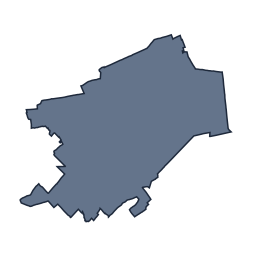 Nicseni, Botosani, Romania (Natural Earth projection), rotated 96°
{"feature_id": "2599482B7435207747893", "entity_name": "Nicseni", "entity_type": "district", "adm_level": 2, "iso_a3": "ROU", "parent_name": "Romania", "parent_adm1": "Botosani", "projection": "natural_earth1", "projection_center": [26.665, 47.868], "detail": "fine", "context": "isolated", "style": "filled", "palette": "slate", "viewbox_px": 256, "rotation_deg": 96, "n_neighbors": 0, "source": "geoboundaries", "source_scale": "gbopen_adm2", "svg_char_len": 5899}
<svg xmlns="http://www.w3.org/2000/svg" viewBox="0 0 256 256"><g transform="rotate(96 128 128)"><path d="M225.5,159.8L225.1,159.1L225.1,158.3L225.2,157.8L225.0,157.4L224.7,157.3L224.6,157.0L224.2,156.5L221.6,154.8L221.9,154.4L222.6,153.6L223.6,152.5L221.9,151.4L221.1,151.0L219.6,149.9L217.2,148.4L216.0,149.7L214.0,148.5L212.3,147.7L211.1,147.3L210.9,147.3L211.2,146.9L211.4,146.6L212.3,145.5L213.3,144.5L213.6,144.3L214.5,143.2L215.0,142.8L215.5,142.1L215.2,141.8L215.6,141.4L215.7,141.1L216.0,140.9L216.8,139.0L217.0,138.7L217.7,138.3L218.6,138.1L218.0,137.6L216.7,136.9L216.0,136.0L214.8,134.7L212.5,133.2L210.9,132.0L210.3,131.5L208.9,130.5L207.4,129.1L207.0,128.5L205.2,126.5L204.7,126.2L203.7,125.9L203.2,125.4L202.7,124.7L202.1,123.6L201.7,123.0L201.2,122.5L200.1,121.7L199.9,121.4L199.4,120.5L199.0,119.0L198.6,118.3L198.3,117.4L197.7,116.0L197.3,115.3L197.0,114.7L196.5,114.1L195.9,112.7L195.5,112.2L197.6,109.8L197.8,109.8L198.1,110.0L199.0,110.0L199.4,110.2L199.6,110.3L199.7,110.5L200.2,110.5L200.5,110.6L202.2,111.7L203.4,112.3L204.0,112.9L205.0,113.9L205.5,114.7L206.6,115.8L207.0,116.4L207.8,117.1L209.1,118.0L211.4,116.4L211.7,116.0L212.5,115.4L215.6,112.1L215.4,111.9L215.1,111.6L213.9,110.1L212.9,108.9L212.4,108.1L211.9,107.7L211.4,106.9L210.7,106.2L209.9,104.9L209.3,104.4L208.9,103.9L208.5,103.3L208.1,103.0L207.0,101.7L205.9,101.9L204.7,101.8L203.2,100.8L201.9,99.6L200.4,101.1L196.6,97.8L195.7,98.5L195.4,98.7L195.1,99.0L190.0,103.3L185.9,107.4L185.4,107.1L185.1,105.8L184.7,104.6L184.4,103.4L184.3,102.0L185.0,101.1L185.3,100.5L178.6,99.2L176.4,96.1L176.2,95.6L175.9,95.3L175.6,95.3L174.3,93.7L174.0,93.2L172.0,93.4L170.5,93.9L170.1,93.5L168.3,92.2L167.3,91.3L165.4,89.8L164.7,89.4L163.2,88.1L162.3,87.7L159.3,85.2L129.0,61.7L126.5,54.5L125.7,52.4L123.9,46.0L127.8,45.9L127.9,45.7L126.1,39.8L121.1,25.0L119.4,27.2L118.6,28.0L118.2,28.2L117.9,28.4L105.8,31.0L99.1,32.3L98.0,32.6L95.9,33.0L88.0,34.8L84.9,35.2L83.1,35.7L81.4,36.0L75.1,37.4L69.7,38.4L62.5,40.2L62.7,41.2L62.6,46.4L62.4,48.9L62.6,50.4L62.6,51.2L62.5,52.0L62.6,53.5L62.4,55.6L62.5,56.6L62.1,60.0L62.3,62.1L62.3,63.0L62.2,63.6L62.2,64.1L62.2,66.0L62.2,67.2L61.8,67.3L58.4,70.1L55.0,72.6L53.3,73.7L50.9,75.6L46.2,77.3L46.3,78.3L46.3,79.2L46.4,79.7L46.6,80.2L46.9,80.6L47.6,81.3L45.7,82.0L45.2,80.6L42.4,81.6L41.7,79.7L34.4,83.4L34.8,84.0L30.5,85.8L32.1,88.6L34.0,91.6L34.9,92.6L30.8,94.7L32.9,99.3L34.4,103.4L35.4,105.4L35.9,107.6L36.5,108.9L37.2,110.7L37.6,111.3L40.1,112.9L41.4,113.9L44.4,115.7L45.2,116.3L45.8,116.8L47.0,117.6L47.0,117.9L48.0,119.5L52.1,126.5L54.8,131.3L55.1,131.5L55.5,131.9L56.7,134.6L57.8,136.3L59.3,139.0L60.7,141.2L61.5,142.9L62.7,144.9L67.0,152.1L69.0,155.7L69.5,156.6L69.9,157.2L70.4,157.8L70.3,158.1L69.8,158.3L70.1,158.6L70.3,159.0L70.3,159.4L70.3,159.7L70.4,160.0L70.7,160.4L71.9,161.7L72.7,162.5L73.2,162.8L73.9,162.6L74.3,162.4L74.8,161.9L75.1,161.4L75.8,160.9L81.8,160.7L82.0,161.7L82.3,162.6L82.7,163.5L83.1,164.1L83.2,164.6L83.5,165.9L84.4,168.8L84.7,169.4L85.4,170.7L85.6,171.4L86.1,172.4L86.3,172.7L86.9,173.5L90.4,177.6L90.9,178.6L91.1,179.2L98.3,175.2L99.8,180.4L100.0,181.2L100.0,181.6L100.9,184.6L101.0,185.1L101.2,186.0L101.6,186.9L101.8,187.9L102.0,188.4L102.9,191.4L103.9,194.1L104.6,196.6L105.2,199.1L106.0,202.4L106.8,205.6L107.0,207.0L107.0,207.3L107.5,208.1L107.7,208.8L108.7,212.5L109.0,214.0L109.1,214.6L109.5,215.2L109.6,216.1L109.8,216.4L110.0,216.6L112.7,217.5L112.9,217.6L113.7,218.8L114.7,220.6L115.0,220.7L118.4,220.1L119.2,223.7L119.9,227.6L120.4,231.0L121.1,230.7L122.4,230.4L123.1,230.0L123.3,230.1L123.4,230.6L123.5,230.7L124.0,230.6L125.5,229.8L127.6,229.0L128.4,228.6L129.5,227.8L129.6,227.7L129.7,227.4L129.7,226.5L129.7,225.7L134.4,224.5L138.3,224.1L137.8,222.8L137.7,221.8L137.8,221.2L137.8,220.9L137.1,219.2L137.1,218.4L137.0,218.0L136.7,217.3L136.4,216.9L136.0,215.4L135.7,215.0L135.6,214.7L135.5,214.1L135.5,213.9L135.2,213.4L135.4,212.5L135.4,212.3L135.2,212.0L135.2,211.4L134.8,210.4L134.9,210.2L136.8,208.1L136.4,207.6L138.3,206.5L138.4,206.0L138.5,205.6L138.9,205.4L140.0,205.3L141.5,205.6L142.4,205.5L144.1,203.3L143.0,202.6L142.3,202.2L141.8,201.8L141.0,201.3L140.7,200.7L140.6,200.4L144.4,195.9L144.0,195.6L146.9,193.3L149.0,194.8L149.8,193.9L148.3,192.8L150.9,191.1L151.8,192.0L152.0,192.2L152.5,193.1L153.1,193.8L153.8,194.4L154.2,194.7L154.5,195.0L155.1,195.6L156.2,196.4L157.3,197.4L157.5,197.7L158.1,198.6L158.6,199.1L159.0,199.2L159.4,199.2L159.7,199.1L160.7,198.4L160.9,198.4L161.7,198.8L162.2,198.9L162.4,198.8L163.3,198.0L172.6,186.4L172.8,186.5L173.2,189.2L173.3,190.4L173.4,191.1L173.8,194.5L173.9,194.4L180.4,186.2L183.4,188.2L184.0,188.8L188.7,191.5L190.5,192.7L190.7,192.8L191.0,192.8L191.1,193.1L191.2,193.3L191.4,193.5L195.6,196.6L201.1,200.3L201.2,200.7L201.1,200.9L200.9,201.2L199.2,203.2L196.2,206.4L195.5,207.3L195.4,208.0L194.7,209.1L194.4,209.6L192.8,210.9L193.2,211.2L193.7,211.7L194.5,212.2L195.3,213.1L195.8,213.5L199.0,215.4L199.8,215.9L203.2,217.3L204.6,217.9L205.0,218.5L205.4,219.4L206.1,221.5L206.8,222.4L208.2,224.7L208.5,225.4L208.8,225.8L210.2,227.4L210.7,227.7L211.0,227.7L211.9,227.3L212.9,226.7L213.6,226.4L213.8,225.9L215.4,220.4L215.5,219.9L215.8,218.2L216.2,217.3L216.2,217.0L215.8,215.7L215.6,215.3L214.8,214.0L213.9,211.9L213.6,211.3L213.3,210.2L211.9,206.6L210.9,204.5L210.6,203.5L209.9,201.8L209.7,201.3L209.4,200.8L209.2,200.4L209.0,199.9L209.1,199.6L214.8,193.4L211.1,189.9L214.0,186.4L217.2,183.0L219.5,180.2L220.8,178.7L221.1,178.1L221.4,177.6L221.5,176.9L221.9,176.6L222.8,176.1L223.0,175.7L222.5,175.2L214.0,168.9L217.3,165.2L217.2,164.9L216.9,164.7L216.1,164.4L216.7,164.1L217.8,163.4L217.8,163.9L218.2,163.7L219.1,162.8L219.7,162.7L220.1,162.6L220.5,162.5L220.9,162.4L221.2,162.3L221.6,162.4L221.8,162.3L222.0,162.1L222.1,161.9L222.7,161.7L223.9,161.0L224.2,160.9L224.3,161.1L224.5,161.2L224.9,160.9L225.1,160.0L225.5,159.8Z" fill="#64748b" stroke="#1e293b" stroke-width="1.5"/></g></svg>